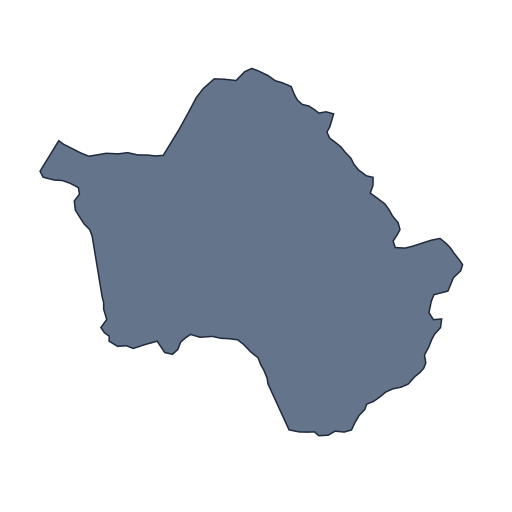 Porto Ferreira, São Paulo, Brazil, rotated 83°
{"feature_id": "56859067B95997326511453", "entity_name": "Porto Ferreira", "entity_type": "district", "adm_level": 2, "iso_a3": "BRA", "parent_name": "Brazil", "parent_adm1": "São Paulo", "projection": "equal_earth", "projection_center": [-47.446, -21.845], "detail": "fine", "context": "isolated", "style": "filled", "palette": "slate", "viewbox_px": 512, "rotation_deg": 83, "n_neighbors": 0, "source": "geoboundaries", "source_scale": "gbopen_adm2", "svg_char_len": 1900}
<svg xmlns="http://www.w3.org/2000/svg" viewBox="0 0 512 512"><g transform="rotate(83 256 256)"><path d="M145.5,460.0L151.9,457.7L156.0,447.0L157.5,439.0L161.1,431.8L166.5,424.0L173.1,423.7L179.3,429.7L188.5,429.7L197.3,425.6L203.4,422.6L209.5,417.9L216.2,416.2L277.2,413.7L283.8,412.9L290.2,413.7L300.8,411.9L308.1,418.7L313.7,415.8L317.6,411.5L322.7,412.2L328.8,404.4L329.3,395.5L332.8,389.1L330.5,377.7L328.5,364.5L340.7,358.4L343.4,350.8L339.2,344.9L332.3,341.3L328.8,336.2L325.9,330.5L329.8,321.5L330.5,309.1L333.4,300.8L334.9,292.3L337.0,284.3L342.6,278.8L350.4,273.1L357.3,266.3L364.7,264.5L370.1,262.2L378.4,259.9L384.4,259.7L432.6,244.4L435.9,234.5L437.1,226.3L437.7,219.4L442.0,215.6L442.7,206.3L439.5,198.8L441.5,189.9L440.3,182.4L434.0,178.5L426.7,173.0L421.8,166.9L416.5,164.1L414.6,157.0L410.9,150.1L406.8,143.7L404.5,136.2L403.9,128.1L401.6,120.4L395.1,113.1L391.7,107.6L388.0,103.3L382.9,100.5L374.7,100.8L367.7,95.8L360.1,91.6L355.4,88.3L349.6,81.6L341.1,79.4L340.8,87.7L333.3,91.2L322.5,87.6L316.1,84.1L314.2,69.8L301.6,62.7L295.5,54.5L289.7,52.0L283.1,55.6L277.5,59.1L271.7,62.0L267.0,65.5L261.0,71.2L261.7,80.2L263.4,89.4L265.4,99.4L266.3,107.2L264.6,116.7L258.0,118.1L252.2,113.3L247.4,109.9L240.4,110.8L233.0,115.6L226.3,118.3L220.0,121.7L207.4,134.9L200.2,131.3L192.2,130.2L189.9,136.6L183.0,143.8L176.7,147.7L170.7,149.8L163.5,155.1L158.2,158.3L152.6,163.7L148.1,168.4L141.7,170.5L136.6,166.9L124.4,161.6L121.4,169.0L121.8,176.2L117.9,180.1L113.7,185.1L111.1,191.7L106.3,195.9L99.9,198.4L92.1,200.4L87.1,209.1L84.4,215.5L78.5,221.9L72.5,231.2L69.3,237.3L71.7,244.8L79.4,254.4L76.7,265.8L75.1,275.9L83.4,288.0L91.4,295.9L104.2,304.8L113.5,311.5L121.0,316.9L144.8,335.8L144.4,344.0L142.7,350.6L141.2,361.3L137.8,370.7L137.8,380.5L135.8,392.2L136.3,401.9L136.6,409.8L132.4,417.3L121.5,433.6L117.5,437.7L145.5,460.0Z" fill="#64748b" stroke="#1e293b" stroke-width="1.5"/></g></svg>